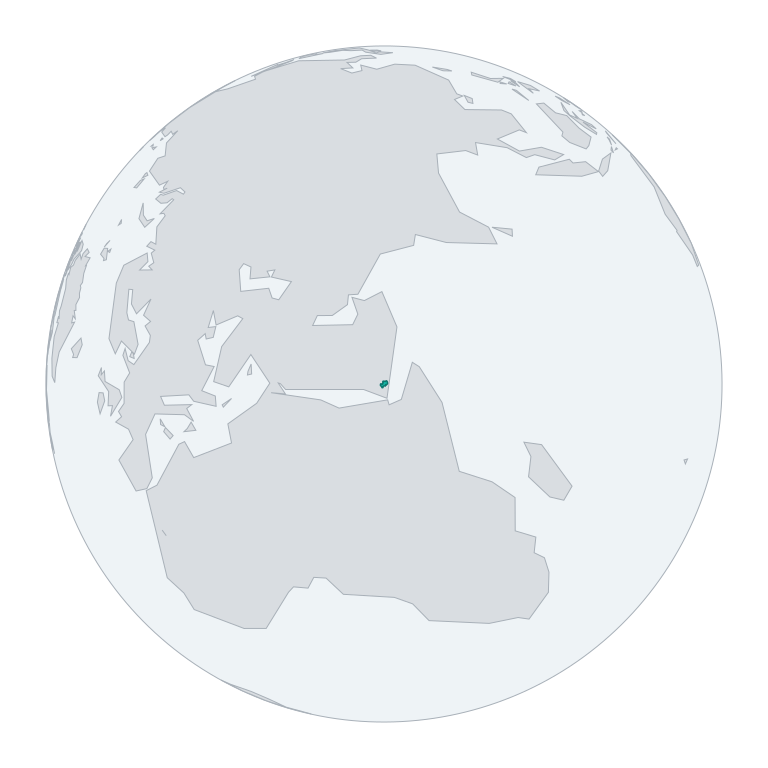 globe centered on Al Bayda', rotated 301°
{"feature_id": "YEM-333", "entity_name": "Al Bayda'", "entity_type": "Governorate", "adm_level": 1, "iso_a3": "YEM", "parent_name": "Yemen", "parent_adm1": "", "projection": "orthographic", "projection_center": [45.347, 14.319], "detail": "fine", "context": "on_globe", "style": "filled", "palette": "teal", "viewbox_px": 768, "rotation_deg": 301, "n_neighbors": 0, "source": "natural_earth", "source_scale": "10m", "svg_char_len": 10082}
<svg xmlns="http://www.w3.org/2000/svg" viewBox="0 0 768 768"><g transform="rotate(301 384 384)"><circle cx="384" cy="384" r="338" fill="#eef3f6" stroke="#a8b0b8"/><path d="M315.4,53.1L314.9,53.2L311.0,54.1L315.4,53.1ZM293.2,58.5L296.1,57.7L285.3,60.9L278.7,62.9L279.0,62.8L293.2,58.5ZM247.6,74.8L235.7,80.4L225.6,85.5L220.1,88.5L226.8,85.4L205.0,97.8L185.7,112.0L180.5,115.7L175.6,118.1L178.5,115.8L200.4,100.3L223.5,86.6L247.6,74.8ZM162.3,129.0L162.4,128.9L157.1,133.6L162.3,129.0ZM46.3,396.7L47.6,407.2L52.1,428.8L54.8,448.9L56.6,466.5L63.7,491.6L56.8,468.4L51.6,444.8L48.1,420.9L46.3,396.7ZM460.9,55.0L459.9,54.8L457.9,54.3L460.9,55.0ZM330.0,50.4L326.8,51.0L325.1,51.3L321.1,52.0L330.0,50.4ZM322.1,51.8L324.4,51.6L318.6,52.8L316.4,52.9L322.1,51.8ZM299.0,58.2L302.3,57.0L307.4,55.9L299.0,58.2ZM325.7,51.5L327.7,51.1L330.1,50.7L330.4,50.9L325.7,51.5ZM352.4,47.6L350.4,47.8L358.9,47.0L358.0,47.2L347.4,48.1L351.6,47.8L351.3,47.9L343.0,48.7L352.3,47.6L352.4,47.6ZM337.9,50.1L324.1,52.3L316.9,54.4L312.2,55.3L324.6,51.8L337.9,50.1ZM341.6,49.1L338.2,49.8L334.0,50.2L333.7,50.0L341.6,49.1ZM361.1,47.2L365.3,46.6L367.4,46.5L361.1,47.2ZM336.6,50.6L339.9,50.1L336.6,50.7L336.6,50.6ZM354.5,48.0L355.7,47.6L358.1,47.5L354.5,48.0ZM345.6,49.7L341.2,50.2L340.9,49.9L345.6,49.7ZM350.4,48.8L353.4,48.7L343.4,49.5L350.5,48.6L350.4,48.8ZM356.6,47.9L358.4,47.7L355.8,48.1L356.6,47.9ZM349.5,51.0L336.9,52.1L336.2,51.2L348.5,50.1L349.5,51.0ZM567.4,100.2L557.4,94.0L520.1,74.7L534.9,81.7L530.1,79.5L534.5,81.9L545.0,87.5L547.2,88.5L556.6,98.1L579.1,116.9L581.1,114.6L589.8,119.8L617.1,144.4L641.4,183.3L653.2,194.8L658.9,203.3L659.5,209.7L651.3,197.3L645.3,194.1L640.6,186.7L638.9,194.5L632.0,184.4L634.0,196.3L641.3,203.7L645.4,199.8L650.1,215.7L663.7,228.5L673.3,246.5L677.8,282.9L670.2,296.9L671.4,303.2L664.2,297.9L660.9,312.0L679.4,343.6L681.1,353.9L672.8,376.6L671.5,369.1L652.4,355.0L653.4,380.1L668.0,397.0L673.2,419.8L664.0,414.9L658.2,395.1L651.4,389.4L650.0,367.9L638.1,338.1L628.5,346.4L626.2,333.8L608.4,310.8L592.9,322.1L570.3,360.2L572.3,392.9L562.3,408.7L537.4,364.6L528.3,333.9L518.1,338.0L493.5,313.9L447.5,315.4L442.1,307.6L433.2,311.8L416.1,304.4L408.3,291.6L397.4,292.7L418.7,326.6L430.4,325.6L441.8,311.9L445.4,324.2L462.1,334.6L439.6,365.7L373.3,393.9L368.8,369.4L328.6,302.5L330.9,295.1L330.8,294.3L330.4,292.8L324.7,304.6L318.4,291.7L337.8,338.0L340.2,357.9L372.3,395.3L368.8,399.1L379.7,406.8L417.2,397.1L417.0,405.3L398.1,443.2L347.9,493.5L355.8,527.0L354.2,554.8L325.7,572.1L331.0,593.0L316.7,599.6L317.7,611.0L307.7,622.3L290.1,632.2L257.2,629.4L252.9,619.2L233.0,597.5L204.4,544.5L210.3,521.8L206.4,502.7L182.8,457.5L187.8,434.3L182.1,423.4L169.9,424.0L163.5,410.9L156.4,409.4L113.8,408.9L102.4,390.0L92.9,337.5L101.8,320.1L106.3,298.0L170.1,235.1L180.3,241.5L226.7,239.2L231.9,242.7L222.9,258.8L254.9,283.7L269.4,270.7L301.9,284.8L325.9,285.7L340.7,254.7L301.6,252.4L298.3,236.8L332.5,225.6L367.3,229.3L367.1,223.5L348.1,209.7L359.1,199.9L341.9,204.2L346.6,210.3L336.0,213.6L331.0,208.4L335.1,204.8L325.5,201.8L308.5,221.1L311.5,229.4L284.4,231.2L286.8,245.6L278.4,251.6L271.2,229.8L274.2,222.3L258.3,198.9L252.7,206.7L267.3,229.8L261.4,227.5L253.9,240.0L254.9,228.8L240.4,203.1L218.0,205.6L184.2,233.7L172.2,234.6L164.6,226.6L182.3,195.9L207.1,197.6L213.7,188.3L213.2,173.6L220.8,175.9L223.7,170.6L233.5,171.2L251.8,160.3L262.5,160.3L274.1,145.4L281.1,143.8L272.2,152.7L271.8,159.6L298.8,161.5L305.3,158.7L310.7,149.3L317.4,151.7L319.1,142.5L336.8,140.5L316.7,135.7L322.5,126.3L335.5,120.0L333.8,116.5L312.6,126.9L307.3,132.0L308.6,137.5L291.3,152.8L281.1,154.7L285.6,136.8L271.5,138.1L281.2,124.9L332.6,102.6L351.8,99.8L374.3,113.5L367.3,118.6L355.8,115.8L362.4,126.5L363.8,121.7L369.4,124.2L376.3,117.1L380.7,118.6L379.9,109.7L386.0,110.9L386.3,116.4L401.7,108.4L415.5,109.8L416.9,107.4L414.5,104.4L433.6,108.9L433.8,107.0L427.6,104.7L424.0,99.7L425.0,93.0L431.6,94.9L432.1,97.5L443.0,106.6L443.4,114.3L446.1,114.5L447.4,108.4L434.1,97.1L432.8,92.7L440.2,97.3L437.4,95.2L438.9,93.7L446.4,94.2L438.8,89.1L445.7,73.3L461.0,73.9L466.8,78.9L478.6,73.4L494.9,76.8L489.2,74.3L491.0,71.4L485.9,70.2L483.2,68.9L485.5,63.7L491.0,64.8L485.5,61.9L482.6,60.9L478.1,59.8L472.2,57.8L497.2,65.6L521.4,75.3L544.9,86.8L567.4,100.2ZM144.5,269.1L141.8,275.5L144.5,269.1ZM402.0,250.4L424.1,251.9L417.7,232.4L425.6,231.7L420.5,225.7L417.1,231.0L405.1,215.0L415.8,209.7L414.9,201.7L407.4,201.0L389.6,213.5L406.7,235.9L400.1,243.8L402.0,250.4ZM163.0,129.9L154.6,137.5L160.0,132.3L157.1,134.3L164.9,126.8L178.3,117.2L170.8,122.5L163.0,129.9ZM229.9,144.2L231.7,147.8L225.7,153.3L212.2,156.0L220.8,147.7L229.9,144.2ZM235.7,151.9L243.9,134.8L252.6,133.3L246.3,136.9L251.2,137.6L242.5,143.6L242.7,160.0L237.5,166.2L215.5,166.2L225.6,162.4L223.2,158.7L235.7,151.9ZM249.5,102.7L253.2,97.8L267.3,100.6L262.2,105.1L248.5,107.3L246.3,103.5L249.5,102.7ZM272.4,65.3L272.9,65.0L275.4,64.1L277.1,63.8L272.4,65.3ZM263.1,68.5L261.6,69.2L268.8,66.8L273.3,65.3L289.3,60.0L302.5,56.1L311.8,54.0L314.8,53.6L313.1,54.2L307.6,55.2L309.1,55.4L299.9,57.3L300.1,57.7L272.9,66.7L272.1,66.5L257.2,73.2L249.2,75.6L259.1,70.9L241.8,78.4L247.6,75.2L236.1,80.7L259.1,70.1L261.9,68.9L263.1,68.5ZM344.9,63.5L339.3,62.1L340.8,67.1L331.6,67.3L332.3,67.9L324.2,69.7L315.7,73.3L312.0,73.0L310.3,74.6L304.9,76.2L301.3,78.5L293.4,79.0L288.4,82.0L287.5,80.6L280.9,85.8L282.3,82.3L275.5,84.8L277.7,86.9L244.1,89.1L229.0,94.3L215.6,101.1L219.8,95.5L235.0,86.1L254.7,76.9L268.7,73.4L268.1,72.0L274.6,70.1L272.4,72.0L279.7,68.1L284.4,67.2L302.0,61.9L309.6,58.1L316.2,56.5L315.6,57.6L322.6,55.4L326.0,56.6L330.8,55.7L338.9,56.6L335.0,60.1L340.7,58.9L347.1,60.1L344.9,63.5ZM351.5,51.2L348.9,54.2L342.6,56.1L331.1,54.0L326.2,54.6L318.6,54.3L327.9,51.9L329.3,52.1L332.7,51.8L328.4,52.6L334.4,51.7L336.5,52.2L341.7,51.8L339.4,52.7L351.5,51.2ZM240.1,237.1L244.5,238.3L252.0,238.3L247.4,246.6L240.1,237.1ZM229.7,219.7L234.1,219.1L231.2,229.8L226.6,229.0L229.7,219.7ZM238.9,210.1L234.5,218.2L234.2,213.4L238.9,210.1ZM276.5,152.0L281.4,151.3L281.0,153.5L277.2,156.7L276.5,152.0ZM347.5,82.0L345.3,80.0L347.4,79.3L349.3,74.2L356.3,74.2L357.9,77.3L347.5,82.0ZM332.7,259.8L324.4,265.4L321.4,262.3L324.8,260.9L332.7,259.8ZM282.8,256.0L293.1,260.8L281.4,258.2L282.8,256.0ZM355.5,81.1L355.4,78.9L359.0,80.4L355.5,81.1ZM361.5,74.0L366.0,75.2L357.3,73.7L361.5,74.0ZM473.4,680.3L476.1,682.8L470.7,683.5L473.4,680.3ZM413.2,550.3L393.3,597.8L377.0,598.0L372.6,584.4L378.9,555.7L397.5,547.3L406.2,533.9L413.2,550.3ZM703.7,461.6L706.1,461.4L705.8,463.0L703.7,461.6ZM701.4,458.1L704.7,456.6L700.3,461.7L701.4,458.1ZM705.9,456.1L709.2,451.2L710.7,447.9L710.0,451.3L705.9,456.1ZM698.9,459.5L682.1,465.9L674.6,464.5L677.1,458.3L689.3,455.4L698.9,459.5ZM676.5,458.4L664.0,446.6L641.5,406.3L649.7,405.1L672.1,427.1L670.8,432.2L678.4,442.3L676.5,458.4ZM703.8,419.4L702.3,434.3L693.8,436.8L689.6,436.2L686.7,418.8L688.3,408.7L692.1,407.6L702.6,370.4L707.1,376.3L704.8,391.4L708.2,402.4L703.8,419.4ZM574.0,395.8L582.7,414.0L576.8,418.0L574.0,395.8ZM703.9,346.2L701.6,362.1L702.7,341.8L703.9,346.2ZM702.7,327.9L704.4,334.7L701.4,328.8L702.7,327.9ZM674.1,312.6L670.3,315.7L668.8,310.9L672.7,304.2L674.1,312.6ZM680.6,262.2L686.1,276.0L687.3,281.0L682.9,273.3L680.6,262.2ZM415.2,84.3L404.8,90.8L401.9,96.9L407.6,101.9L395.1,98.2L399.5,88.8L415.2,84.3ZM441.3,74.1L436.2,70.7L441.3,71.1L443.1,71.9L441.3,74.1ZM436.2,72.8L424.7,71.0L423.7,68.5L433.0,70.3L436.2,72.8ZM389.9,74.3L386.3,76.0L383.5,74.6L389.9,74.3ZM662.8,575.0L648.0,592.5L646.1,592.0L653.5,582.2L665.3,556.3L666.6,556.1L674.3,537.6L692.1,514.0L706.9,478.1L708.8,476.6L715.1,451.5L715.1,451.4L708.7,477.7L700.2,503.3L689.6,528.2L677.1,552.1L662.8,575.0ZM709.4,459.1L713.8,445.5L715.0,443.3L709.4,459.1ZM720.8,411.0L720.8,410.9L720.9,405.0L721.5,399.1L720.7,396.4L721.8,390.4L721.7,397.3L720.8,411.0ZM717.8,414.0L717.5,417.9L716.9,415.7L717.8,414.0ZM718.8,410.7L720.1,412.6L718.5,414.2L718.8,410.7ZM710.2,404.5L711.2,412.8L714.5,404.9L711.9,414.9L713.2,428.3L712.0,434.5L711.0,419.7L709.0,437.0L707.4,437.6L707.5,423.8L709.6,405.5L711.1,397.4L716.6,390.5L710.2,404.5ZM719.2,399.7L718.6,389.8L718.9,382.4L719.6,387.2L719.2,399.7ZM715.3,366.5L711.8,356.2L710.1,362.3L712.0,342.7L715.3,355.7L715.3,366.5ZM710.0,341.8L708.6,347.2L709.1,336.2L710.0,341.8ZM707.4,343.6L705.6,335.6L707.5,335.6L707.4,343.6ZM711.0,341.4L708.7,327.3L711.0,334.9L711.0,341.4ZM700.7,317.9L707.5,328.9L701.3,326.2L694.1,300.1L696.2,298.2L700.7,317.9ZM668.1,210.0L663.7,203.5L663.6,201.1L666.7,206.1L668.1,210.0ZM659.3,189.7L662.2,198.4L663.7,206.7L666.4,209.0L672.6,221.0L664.9,211.5L659.0,197.4L659.0,193.3L652.7,184.0L648.8,176.8L639.9,166.1L636.2,161.0L644.2,169.8L659.3,189.7ZM636.0,161.7L619.1,143.5L621.8,144.6L626.2,148.8L632.8,156.5L630.9,155.3L636.0,161.7ZM615.8,139.7L613.8,138.8L584.7,116.0L579.3,111.7L602.9,128.1L602.3,128.3L608.9,134.2L615.8,139.7ZM463.6,55.6L460.2,54.8L462.9,55.4L463.6,55.6ZM480.4,68.4L477.3,66.8L480.6,67.1L480.4,68.4ZM470.5,62.8L469.0,63.5L467.9,61.9L470.5,62.8ZM466.0,65.6L467.0,63.4L469.9,66.7L466.0,65.6Z" fill="#d9dde1" stroke="#a8b0b8" stroke-width="1"/><path d="M382.1,381.1L382.4,381.1L382.5,381.2L382.6,381.3L382.7,381.5L382.7,382.0L382.8,382.2L382.8,382.4L382.8,382.5L382.9,382.8L383.0,382.9L383.5,382.8L383.5,382.7L383.9,382.7L384.0,382.5L384.4,382.4L384.6,382.4L384.9,382.4L385.0,382.4L384.9,382.1L385.0,382.0L385.3,381.8L385.9,381.8L386.0,381.9L386.1,382.0L386.0,382.3L386.0,382.5L386.3,382.6L386.5,382.7L386.8,383.6L386.9,383.8L387.1,383.9L387.4,384.0L387.6,384.1L387.8,384.2L387.8,384.3L387.8,384.5L388.0,384.7L387.9,385.2L387.7,385.5L387.4,385.9L386.5,386.7L386.2,386.8L385.9,386.9L385.7,386.9L385.4,386.7L385.2,386.6L384.4,386.5L384.4,386.0L384.3,385.7L384.2,385.7L383.8,385.9L383.7,386.0L383.4,386.1L383.0,386.1L383.0,385.9L382.9,385.6L382.4,385.2L382.2,384.8L382.1,384.7L381.9,384.6L381.6,384.6L381.4,384.6L381.2,384.7L380.9,384.7L380.8,384.8L380.7,384.8L380.4,384.9L380.2,384.8L380.1,384.7L380.1,384.4L379.9,384.2L380.0,383.9L380.4,383.6L380.6,383.4L380.7,382.5L380.8,381.9L381.3,381.4L381.6,381.4L381.8,381.3L382.1,381.1Z" fill="#14b8a6" stroke="#0f766e" stroke-width="1.5"/></g></svg>